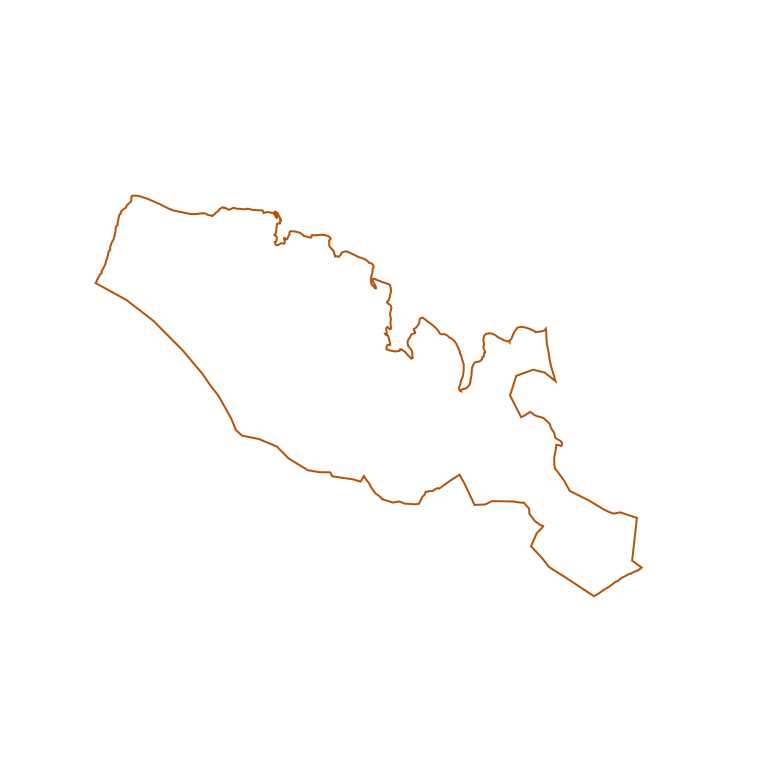 outline of Sorong Selatan, Papua Barat, Indonesia, rotated 141°
{"feature_id": "22746128B99267537228675", "entity_name": "Sorong Selatan", "entity_type": "district", "adm_level": 2, "iso_a3": "IDN", "parent_name": "Indonesia", "parent_adm1": "Papua Barat", "projection": "equal_earth", "projection_center": [132.035, -1.666], "detail": "fine", "context": "isolated", "style": "outline", "palette": "amber", "viewbox_px": 768, "rotation_deg": 141, "n_neighbors": 0, "source": "geoboundaries", "source_scale": "gbopen_adm2", "svg_char_len": 6140}
<svg xmlns="http://www.w3.org/2000/svg" viewBox="0 0 768 768"><g transform="rotate(141 384 384)"><path d="M354.4,87.0L350.8,86.3L340.9,85.5L337.3,84.8L328.4,84.5L326.3,83.8L321.8,83.8L312.6,82.0L311.2,81.0L309.8,81.1L303.6,79.3L299.3,79.2L302.3,90.6L271.7,120.8L281.3,135.7L287.1,138.7L289.8,143.2L291.9,147.6L298.0,164.3L306.9,184.1L304.8,195.7L304.2,210.0L304.3,210.1L304.0,211.1L302.7,213.7L298.5,219.2L289.5,227.0L288.4,228.3L287.1,227.1L285.4,224.3L284.1,224.6L282.7,226.3L282.7,228.8L284.6,233.5L284.4,235.0L283.9,236.3L283.1,237.5L282.5,239.1L281.9,245.0L280.4,248.1L280.5,251.0L281.5,257.0L283.2,260.1L285.1,262.2L286.7,265.4L287.8,270.2L289.4,270.6L290.7,270.5L292.0,271.0L294.3,270.9L295.0,271.3L297.1,271.4L298.3,271.8L293.3,295.7L276.1,307.1L259.0,301.2L255.9,297.0L252.0,292.0L251.1,287.8L250.3,284.7L249.8,282.0L248.9,278.3L243.3,292.0L239.6,299.5L238.6,300.7L231.4,313.9L225.1,322.5L223.4,325.2L225.5,324.7L228.0,325.6L233.6,328.9L233.9,330.7L235.0,333.0L236.8,336.3L238.9,339.4L240.2,341.0L242.3,342.7L244.8,343.8L250.8,342.1L256.6,339.0L259.4,338.5L260.1,337.6L260.0,338.8L261.0,339.4L262.6,341.5L263.7,343.4L264.9,346.4L266.1,348.8L266.7,352.0L268.2,354.9L269.9,356.8L271.2,357.7L273.1,358.6L274.1,358.7L275.6,358.5L277.2,357.5L278.7,356.1L280.3,353.9L281.3,351.7L283.2,350.5L283.8,349.7L284.7,347.8L285.0,345.5L285.8,344.8L286.7,345.0L288.2,343.2L289.3,342.7L290.4,343.0L291.1,342.6L291.6,341.7L294.5,341.3L295.7,341.5L297.4,342.3L298.2,343.1L299.1,343.4L300.6,343.5L301.4,343.3L305.2,341.3L307.0,339.6L310.4,335.8L312.7,333.8L314.1,333.0L314.8,331.8L317.3,330.1L319.1,329.3L321.5,328.9L323.4,329.1L326.2,330.5L328.0,330.7L328.7,329.7L329.4,331.2L328.2,333.9L325.4,335.4L321.5,338.6L320.7,338.8L319.1,339.6L317.1,340.9L313.7,344.3L309.9,348.8L309.1,350.5L307.9,353.7L305.9,358.1L305.6,360.1L305.0,360.8L304.6,361.9L302.5,369.6L302.3,372.1L302.5,374.9L302.7,376.2L303.9,379.0L304.3,381.8L305.7,384.9L307.8,386.1L308.7,387.8L308.8,388.8L308.3,391.7L308.5,394.8L309.1,398.5L312.0,410.4L312.3,411.2L313.3,411.9L315.1,411.9L316.2,411.2L318.4,409.2L319.9,408.4L324.3,407.6L326.2,408.0L326.9,407.0L326.9,405.7L327.2,404.6L327.8,404.1L330.1,404.9L331.7,405.2L332.6,405.0L334.4,403.9L336.9,403.3L338.9,402.1L339.7,401.3L340.7,399.7L341.3,397.8L341.2,393.4L341.9,391.2L342.5,390.1L344.4,388.0L345.2,386.2L346.7,386.4L347.3,390.5L347.4,395.8L348.8,400.3L349.8,400.9L350.3,400.2L351.1,400.0L354.8,402.2L357.9,405.8L360.2,409.4L359.6,410.3L358.0,411.6L357.0,412.1L356.2,412.0L355.6,411.0L354.5,410.6L353.9,411.3L350.6,418.5L350.7,419.6L351.4,420.4L351.7,421.4L351.5,422.4L350.2,421.2L347.6,425.4L346.7,426.2L345.2,426.0L345.1,423.0L344.0,422.5L343.2,422.8L341.6,426.0L340.6,427.3L337.6,430.4L335.9,433.6L334.8,435.0L330.2,438.6L329.6,440.0L329.4,441.1L329.6,442.4L330.4,444.3L330.3,445.5L329.5,446.0L328.7,445.7L327.4,446.3L325.1,447.8L320.7,451.2L319.6,452.5L318.1,454.8L317.1,457.4L317.5,458.6L318.2,459.5L319.3,461.8L320.5,463.1L325.5,472.0L326.7,472.7L327.4,472.2L328.0,470.9L328.9,465.7L329.3,464.5L330.0,463.4L330.9,464.3L330.4,466.8L331.2,468.1L330.6,470.4L327.4,474.5L322.7,478.1L320.5,480.5L318.5,481.4L317.9,482.1L317.7,484.3L318.0,485.9L318.7,487.0L319.4,487.7L319.4,490.0L320.5,493.3L322.2,496.3L323.6,498.2L328.9,509.3L330.2,511.2L333.4,512.6L335.2,512.4L336.4,511.6L337.9,511.6L339.1,511.2L340.9,513.7L341.8,513.9L340.1,517.4L339.5,519.2L339.8,524.0L339.7,525.2L339.0,526.8L338.0,527.6L336.4,530.1L335.6,530.3L334.7,530.1L334.0,530.6L333.6,531.9L334.4,534.1L335.8,536.5L337.4,538.3L342.2,541.9L343.9,542.7L346.0,545.0L346.7,545.0L348.2,543.6L349.0,543.9L351.9,548.0L352.5,548.5L353.3,549.9L353.2,551.1L354.3,554.6L355.4,556.3L356.3,557.1L357.5,558.9L360.4,561.4L361.2,561.7L362.4,561.1L362.9,560.0L366.8,558.3L367.7,557.6L368.4,557.7L369.3,558.3L369.2,560.0L370.0,560.2L370.7,559.0L370.9,557.8L371.6,556.9L372.3,556.3L373.4,555.9L374.7,557.6L375.7,558.2L378.3,558.5L380.4,559.6L380.4,561.1L379.5,563.1L378.7,562.6L377.9,562.7L375.1,565.2L374.8,566.6L375.3,569.0L373.6,568.9L372.3,570.2L371.5,570.6L369.5,572.9L366.0,575.8L365.3,575.6L364.7,574.8L363.7,574.2L363.0,575.4L362.2,575.8L361.7,576.6L361.2,575.8L360.6,576.7L360.1,580.1L359.2,583.4L359.3,584.4L359.8,586.0L360.5,586.7L361.6,586.3L360.8,583.1L361.2,582.1L362.0,582.6L362.3,580.6L363.0,580.6L363.0,582.3L362.5,583.5L362.3,584.6L362.5,586.0L364.3,588.8L365.4,589.9L367.3,591.6L370.0,592.7L369.1,594.5L369.4,595.6L377.0,602.2L377.5,603.4L379.5,605.9L380.6,606.7L382.5,607.4L385.7,610.9L387.8,612.4L389.3,614.6L390.4,615.8L394.4,616.8L395.3,617.7L395.8,618.6L396.5,621.0L397.6,621.2L398.2,622.9L399.1,623.2L401.9,623.3L404.5,622.7L406.9,622.9L409.1,622.5L410.4,622.8L411.9,622.6L412.6,624.3L413.3,624.7L414.1,625.7L414.9,627.3L415.2,628.4L416.1,629.6L418.4,631.4L424.3,635.2L427.3,637.8L438.2,651.0L441.3,656.5L445.0,664.8L451.2,676.7L454.7,682.2L457.0,685.3L459.9,687.9L461.5,688.8L462.4,688.5L462.9,687.7L465.5,685.2L466.3,684.9L470.4,684.8L471.9,684.5L473.0,683.7L473.8,683.6L477.7,683.7L480.4,683.4L481.4,682.0L482.3,682.2L484.4,681.2L490.4,676.1L491.1,675.1L492.0,675.3L494.1,674.4L497.6,670.6L502.8,666.8L506.9,665.1L510.3,663.0L511.2,662.1L512.3,660.6L514.4,660.4L516.8,658.3L518.6,657.2L520.3,655.7L521.8,655.2L524.4,653.0L528.0,651.1L532.6,649.3L533.1,648.3L533.8,647.9L536.0,647.8L537.4,647.0L541.3,645.6L543.3,644.3L544.6,644.0L531.3,611.3L523.5,578.5L519.3,537.1L518.7,506.4L519.8,492.6L520.1,479.2L520.8,474.4L524.5,453.1L528.1,441.3L526.7,433.0L515.8,419.9L506.6,402.8L504.9,385.8L497.4,364.9L490.0,356.4L481.4,349.2L482.3,344.8L468.0,329.3L463.6,322.8L457.6,325.2L457.8,324.5L458.1,319.0L458.1,316.0L459.1,311.9L459.5,304.7L457.8,297.9L458.0,295.5L457.2,295.1L456.9,294.0L451.6,286.2L446.2,283.2L443.1,277.9L435.2,270.7L432.2,268.9L425.1,272.2L422.2,272.4L419.5,274.0L419.2,273.4L416.4,272.4L413.1,270.1L411.2,270.2L407.7,269.3L407.2,268.0L393.3,267.2L382.4,266.0L384.0,256.6L389.7,233.0L381.0,226.6L373.9,225.1L357.9,211.7L351.4,204.7L350.0,204.0L349.7,195.7L352.7,191.7L353.0,182.4L351.5,176.7L349.8,173.4L351.8,172.7L359.1,172.0L371.8,165.4L370.7,148.3L370.9,137.8L365.1,120.7L354.4,87.0Z" fill="none" stroke="#b45309" stroke-width="2"/></g></svg>